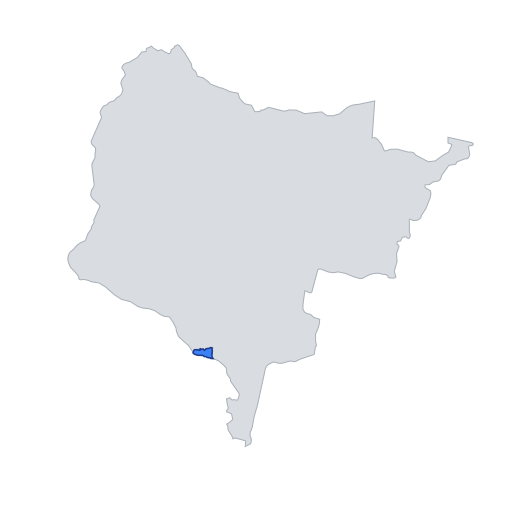 Bolobo, Bandundu, Democratic Republic of the Congo shown in context, rotated 283°
{"feature_id": "63176286B21856672762157", "entity_name": "Bolobo", "entity_type": "district", "adm_level": 2, "iso_a3": "COD", "parent_name": "Democratic Republic of the Congo", "parent_adm1": "Bandundu", "projection": "mercator", "projection_center": [16.431, -2.651], "detail": "fine", "context": "in_parent", "style": "filled", "palette": "blue", "viewbox_px": 512, "rotation_deg": 283, "n_neighbors": 0, "source": "geoboundaries", "source_scale": "gbopen_adm2", "svg_char_len": 5633}
<svg xmlns="http://www.w3.org/2000/svg" viewBox="0 0 512 512"><g transform="rotate(283 256 256)"><path d="M433.8,336.8L397.2,342.6L398.0,344.7L397.6,346.9L396.7,348.6L393.0,353.2L387.4,357.4L387.4,358.4L390.2,363.1L391.9,369.5L391.5,380.9L392.2,383.9L392.1,386.3L390.2,389.0L386.6,402.7L389.0,409.3L396.3,415.6L400.5,420.2L407.7,421.8L408.8,421.6L409.3,417.7L414.9,416.3L415.0,440.8L414.5,442.2L413.5,442.5L412.1,441.7L411.7,439.4L410.2,438.4L403.2,441.4L401.4,441.4L399.5,440.8L398.1,439.6L397.7,437.7L392.8,430.5L390.4,430.0L387.7,423.6L376.7,418.9L372.5,418.5L370.3,417.1L368.1,412.0L364.5,408.8L363.6,405.2L362.9,404.6L360.7,405.4L358.8,411.1L356.3,412.4L351.8,412.6L340.5,410.9L332.5,408.0L330.4,408.1L327.2,405.5L325.9,401.1L326.6,397.7L326.0,397.2L313.7,400.1L310.8,401.8L308.0,401.4L307.2,400.4L308.4,398.1L307.8,395.6L306.9,394.4L303.2,393.5L302.1,390.8L299.9,390.4L299.1,390.8L298.6,392.6L297.3,393.2L290.0,392.4L282.3,394.7L272.1,394.1L267.3,397.0L266.6,396.9L265.5,395.4L264.6,390.8L265.1,389.5L266.6,388.6L267.1,386.8L266.6,382.0L267.0,380.9L266.5,378.1L265.0,373.7L262.8,370.1L258.2,364.8L257.4,362.3L257.7,356.2L259.2,346.8L259.0,339.7L257.1,335.2L256.7,330.2L257.9,321.4L256.7,319.3L233.6,318.5L232.6,317.9L232.2,316.6L233.2,311.4L219.1,312.7L214.9,313.7L212.2,315.9L211.4,318.6L211.3,322.4L209.2,326.0L208.6,332.3L204.6,332.9L200.7,332.9L193.2,331.6L185.9,333.4L182.3,335.1L180.4,334.3L173.8,334.9L172.9,334.4L165.4,322.2L162.0,318.1L161.4,316.1L161.7,314.2L160.8,311.7L157.3,305.4L156.6,302.5L156.8,297.9L156.4,296.4L153.2,292.5L151.1,291.2L148.8,290.5L111.0,291.0L98.5,290.3L89.4,290.8L84.7,290.5L83.5,289.9L79.3,290.7L77.1,292.4L73.8,293.2L71.8,292.9L67.9,288.3L73.2,287.6L73.6,287.1L74.0,276.3L72.6,274.7L75.4,272.9L80.0,268.1L84.5,266.4L85.1,265.4L86.1,265.5L87.7,267.5L91.6,270.1L96.4,267.8L96.9,267.1L97.5,262.5L98.7,262.1L100.8,263.1L102.0,263.1L104.1,261.8L110.2,259.4L112.0,262.4L110.3,265.1L111.1,267.0L111.2,270.0L112.2,270.6L117.1,271.0L118.5,270.2L128.1,259.6L130.7,258.4L134.7,254.1L140.1,252.2L142.4,248.9L145.5,242.9L146.9,234.3L146.4,219.5L146.9,217.5L153.3,210.8L160.0,198.7L164.5,195.5L167.9,194.2L173.1,189.8L177.2,185.3L176.6,180.0L177.6,175.5L179.9,169.9L180.6,163.9L179.8,157.6L180.2,152.4L183.2,144.2L183.5,134.7L186.3,126.8L191.8,116.7L194.4,109.2L193.9,101.8L194.6,96.3L194.3,93.1L193.3,90.3L193.8,88.6L195.9,87.9L198.5,85.1L203.2,77.8L208.2,74.2L211.7,73.1L215.4,73.2L217.8,73.9L221.6,76.7L226.0,79.0L229.3,81.9L232.6,86.3L240.4,87.3L243.8,88.9L245.9,89.5L246.6,89.0L248.2,89.3L251.9,90.6L254.9,89.9L269.4,92.8L271.0,91.3L275.1,83.7L278.1,81.1L283.1,80.9L287.0,82.3L289.0,82.3L306.9,75.8L309.2,75.4L315.7,77.0L319.9,76.0L321.6,76.3L325.2,75.2L328.2,70.6L330.6,69.5L356.3,74.4L360.2,72.0L362.0,71.7L367.7,73.5L369.5,76.3L372.9,78.7L375.3,82.7L379.1,84.9L381.1,87.0L383.3,88.5L387.9,89.0L393.9,85.4L398.0,85.8L402.2,87.8L403.7,87.7L406.8,85.6L408.5,83.3L410.1,82.9L412.6,83.8L414.6,85.9L416.4,89.0L422.8,95.8L429.0,98.7L430.6,102.9L432.8,102.5L433.9,102.9L435.5,105.5L436.7,106.1L436.9,107.1L435.3,109.6L433.9,114.4L435.8,117.3L434.2,121.6L433.4,126.0L435.4,127.1L438.0,127.0L440.4,129.3L442.2,129.6L444.1,132.1L443.7,134.1L437.6,141.2L428.4,150.0L425.3,151.1L423.7,152.7L422.6,155.3L419.9,157.4L417.9,158.3L417.7,164.6L414.6,171.2L413.4,172.5L411.7,183.2L412.0,185.0L410.3,193.8L410.6,201.9L406.2,204.4L403.1,208.4L401.8,211.2L401.8,217.8L396.8,221.9L396.4,222.8L397.7,227.4L399.5,228.2L399.6,229.8L403.7,234.8L403.4,250.2L403.7,251.7L405.8,255.4L407.2,262.4L405.6,271.3L411.2,287.6L408.7,293.6L409.9,299.4L413.3,305.4L421.1,311.3L423.2,313.8L425.2,317.1L427.0,322.2L433.8,336.8Z" fill="#d9dde1" stroke="#a8b0b8" stroke-width="1"/><path d="M151.2,218.3L151.1,218.0L151.0,217.8L150.8,217.4L150.8,217.1L150.7,217.0L150.6,216.9L149.9,216.7L149.7,216.7L149.2,216.5L148.6,216.5L148.4,216.4L147.4,216.4L146.9,217.3L146.6,217.9L146.5,218.0L146.4,218.4L146.4,219.0L146.4,219.4L146.3,219.7L146.3,219.8L146.3,220.0L146.3,220.3L146.2,221.5L146.3,221.8L146.3,222.2L146.3,222.3L146.4,222.8L146.7,224.2L146.8,224.6L147.2,225.9L147.3,226.3L147.0,226.9L146.9,227.4L146.4,228.2L146.4,228.8L146.7,229.5L146.6,230.0L146.3,230.8L146.2,231.3L146.2,231.9L146.1,232.3L146.2,232.6L146.2,232.9L146.4,233.3L146.5,233.7L146.5,234.0L146.3,234.2L146.1,234.4L146.0,235.2L146.1,235.7L146.2,236.5L146.3,236.8L146.4,237.3L146.6,237.1L146.7,236.9L147.0,236.7L147.0,236.4L147.2,236.2L147.7,236.0L148.3,235.8L148.6,235.7L149.1,235.4L149.4,235.4L149.8,235.4L150.0,235.3L150.4,235.0L150.9,235.0L151.1,235.2L151.3,235.2L151.5,235.3L151.8,235.1L152.0,234.8L152.3,234.8L152.5,234.8L153.0,234.8L153.3,234.9L153.6,234.9L154.1,234.5L154.3,234.5L154.7,234.4L154.8,234.3L155.0,234.3L155.2,234.2L155.4,234.2L155.7,234.1L155.9,234.2L156.1,234.2L156.3,234.2L156.5,234.2L156.6,233.9L156.6,233.2L156.7,232.9L156.6,232.7L156.6,232.4L156.4,232.2L156.3,231.9L155.7,231.4L155.4,231.0L155.4,230.9L155.4,230.7L155.2,230.2L155.1,229.9L154.9,229.3L154.8,229.1L154.6,228.8L154.4,228.7L154.3,228.4L154.3,228.1L154.1,228.0L153.9,227.9L153.6,227.8L153.3,227.6L153.0,227.3L152.7,227.0L152.4,226.9L152.4,226.7L152.5,226.6L152.9,226.3L153.1,226.3L153.2,226.2L153.5,225.6L153.5,225.4L153.5,225.2L153.4,225.0L153.3,224.9L153.1,224.6L152.9,224.2L152.9,223.9L152.9,223.7L153.0,223.4L153.2,223.1L153.2,222.9L153.2,222.7L153.1,222.4L152.9,222.3L152.7,222.3L152.4,222.5L152.2,222.6L151.8,222.7L151.7,222.7L151.3,222.1L151.4,221.7L151.4,221.3L151.4,221.2L151.6,220.8L151.7,220.7L151.8,220.5L151.7,220.3L151.4,220.1L151.4,219.9L151.3,219.6L151.4,219.2L151.2,219.0L151.2,218.9L151.1,218.7L151.2,218.3Z" fill="#3b82f6" stroke="#1e3a8a" stroke-width="1.5"/></g></svg>